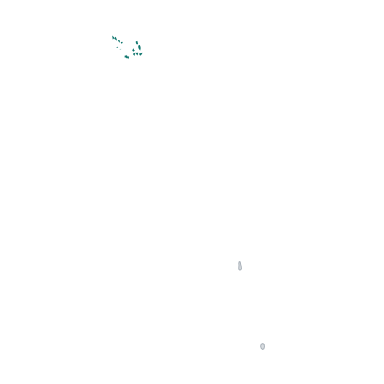 location of Haa Alifu within Maldives, rotated 340°
{"feature_id": "MDV-5223", "entity_name": "Haa Alifu", "entity_type": "Atoll", "adm_level": 1, "iso_a3": "MDV", "parent_name": "Maldives", "parent_adm1": "", "projection": "equal_earth", "projection_center": [73.045, 6.964], "detail": "fine", "context": "in_parent", "style": "filled", "palette": "teal", "viewbox_px": 384, "rotation_deg": 340, "n_neighbors": 0, "source": "natural_earth", "source_scale": "10m", "svg_char_len": 1513}
<svg xmlns="http://www.w3.org/2000/svg" viewBox="0 0 384 384"><g transform="rotate(340 192 192)"><path d="M212.2,281.0L211.1,281.8L210.0,281.5L209.6,280.4L210.2,278.9L211.1,276.9L211.7,274.8L212.6,273.6L213.3,274.0L213.2,275.2L212.9,276.9L212.7,279.0L212.2,281.0ZM205.9,363.9L204.5,364.1L203.6,362.5L203.8,360.3L204.9,358.8L206.7,358.7L207.7,360.1L207.1,362.2L205.9,363.9Z" fill="#d9dde1" stroke="#a8b0b8" stroke-width="1"/><path d="M192.5,36.7L192.5,37.9L192.2,39.1L191.9,39.6L191.7,38.9L191.7,38.1L191.9,37.3L192.2,36.7L192.5,36.7ZM191.5,32.0L191.3,33.8L191.2,33.8L191.1,33.7L191.0,32.9L191.1,32.3L191.2,32.0L191.5,32.0ZM190.4,44.5L191.4,44.7L190.9,45.1L190.5,45.3L190.3,45.1L190.4,44.5ZM172.7,21.2L172.7,22.1L172.3,21.6L172.3,21.4L172.5,21.3L172.7,21.2ZM177.1,27.0L177.2,28.2L177.0,27.8L177.0,27.4L177.1,27.0ZM176.1,41.8L175.9,42.1L175.7,42.1L175.8,41.7L176.0,41.7L176.1,41.8ZM187.9,43.3L187.8,43.5L187.7,43.6L187.6,43.2L187.8,43.3L187.9,43.3ZM178.2,43.5L178.0,43.8L177.9,43.9L177.8,43.4L178.1,43.4L178.2,43.5ZM184.9,42.5L184.7,42.8L184.6,42.5L184.7,42.4L184.8,42.5L184.9,42.5ZM185.4,38.6L185.4,38.8L185.4,39.0L185.5,39.1L185.3,39.2L185.1,38.9L185.2,38.7L185.3,38.7L185.4,38.6ZM176.9,42.5L176.9,42.9L176.9,43.0L176.7,43.1L176.6,42.8L176.6,42.6L176.8,42.6L176.9,42.5ZM170.8,19.9L170.9,20.1L170.9,20.3L170.7,20.4L170.8,19.9ZM175.2,24.4L175.1,24.9L175.0,24.7L175.2,24.4ZM173.6,33.2L173.6,33.5L173.6,33.2ZM171.3,30.2L171.3,30.5L171.2,30.7L171.3,30.2Z" fill="#14b8a6" stroke="#0f766e" stroke-width="1.5"/></g></svg>